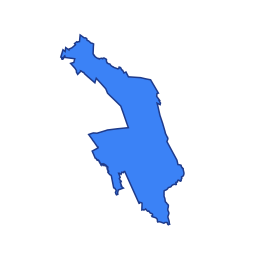 outline of Lazdukalna pag., Rugaju, Latvia, rotated 243°
{"feature_id": "27541924B17763592459662", "entity_name": "Lazdukalna pag.", "entity_type": "district", "adm_level": 2, "iso_a3": "LVA", "parent_name": "Latvia", "parent_adm1": "Rugaju", "projection": "equal_earth", "projection_center": [27.094, 56.926], "detail": "fine", "context": "isolated", "style": "filled", "palette": "blue", "viewbox_px": 256, "rotation_deg": 243, "n_neighbors": 0, "source": "geoboundaries", "source_scale": "gbopen_adm2", "svg_char_len": 5394}
<svg xmlns="http://www.w3.org/2000/svg" viewBox="0 0 256 256"><g transform="rotate(243 128 128)"><path d="M66.6,158.7L66.9,158.5L67.4,158.5L67.6,158.2L67.8,158.1L68.0,158.1L68.3,158.3L68.7,158.1L69.4,158.0L69.9,158.1L70.3,158.3L70.9,158.3L72.8,155.9L77.1,157.0L98.2,156.5L100.0,158.4L100.4,158.7L101.7,159.0L101.8,158.8L106.5,158.9L106.5,159.0L108.2,159.4L116.6,161.0L124.8,162.2L133.4,164.4L136.9,165.2L134.2,167.2L135.5,168.3L137.3,168.1L137.7,168.4L138.0,168.4L138.4,168.3L138.3,168.7L143.2,167.9L145.6,169.5L145.3,170.9L149.0,170.7L160.7,170.0L163.6,166.3L167.2,162.0L173.4,151.6L178.8,151.6L178.9,149.4L182.0,149.4L182.1,149.2L182.5,148.8L185.2,148.8L186.2,147.9L186.3,147.6L185.2,147.0L185.3,145.8L188.1,143.2L188.9,142.5L189.1,142.6L190.3,141.7L191.0,141.3L192.2,141.0L193.2,140.9L194.2,139.7L194.6,139.4L195.4,139.2L195.6,138.9L197.7,139.2L198.7,139.9L199.3,139.8L199.7,139.5L201.3,138.4L201.4,138.0L201.5,137.2L201.2,136.9L202.1,136.2L202.8,133.9L202.6,133.6L203.4,133.3L203.7,132.6L204.9,131.9L206.7,130.9L207.5,130.8L207.3,131.0L210.0,130.6L216.4,134.2L218.5,135.5L219.5,134.8L220.5,133.6L222.5,132.8L223.7,132.3L224.6,131.4L226.5,131.8L227.6,131.1L228.2,129.9L232.6,127.6L227.0,124.0L227.5,122.6L227.4,121.9L228.1,121.5L227.5,118.7L226.0,119.0L224.9,114.4L225.1,111.3L224.4,110.8L227.9,109.0L224.7,106.7L227.2,105.6L221.7,100.3L220.6,101.2L220.4,100.7L220.0,100.5L219.9,100.4L219.7,100.3L219.2,100.5L218.9,101.0L218.9,101.3L219.1,101.7L219.3,102.0L219.5,102.4L220.0,102.8L220.3,103.0L220.7,103.7L220.9,103.9L221.0,104.4L219.4,104.0L213.9,112.0L211.0,109.5L211.6,106.2L205.2,107.9L202.5,108.1L201.3,107.4L198.6,107.5L199.5,110.0L200.0,111.9L200.3,111.9L199.9,112.3L198.3,113.0L197.7,113.7L197.5,113.9L196.4,113.8L195.6,114.1L190.9,115.9L190.7,116.1L190.0,116.3L183.3,119.0L184.7,120.3L186.7,122.3L182.7,123.4L179.9,124.2L179.1,124.4L175.0,125.5L173.0,126.0L169.5,125.7L168.3,125.6L165.5,126.5L158.0,129.1L152.9,130.8L151.2,131.4L150.8,131.5L145.1,130.8L131.5,128.9L128.1,128.5L131.9,118.8L135.1,110.0L135.5,109.0L135.7,107.9L135.9,106.5L137.4,98.2L137.7,97.5L138.5,96.3L139.3,94.9L139.5,94.1L140.1,90.0L134.5,90.9L133.1,91.0L131.1,91.4L126.0,92.1L125.1,92.2L124.7,92.7L123.9,92.4L123.8,90.5L123.7,85.6L115.9,85.1L115.7,85.2L115.8,85.2L115.8,85.4L115.6,85.6L114.7,85.9L114.0,86.0L113.9,85.7L113.6,85.8L113.6,86.0L113.3,86.1L113.4,86.4L112.7,86.7L112.7,86.8L112.8,86.8L112.7,87.0L112.4,86.9L112.6,87.1L112.4,87.2L111.7,87.3L111.4,87.1L110.9,87.0L110.6,87.1L110.6,87.3L110.0,87.2L109.7,87.3L109.5,87.1L109.1,87.1L108.9,87.2L109.0,87.4L108.9,87.5L108.7,87.6L108.2,87.5L108.0,87.3L108.0,87.2L107.7,87.2L107.4,87.1L107.3,87.5L107.4,87.8L106.9,87.8L107.1,88.0L107.0,88.3L107.1,88.2L107.4,88.0L107.7,88.0L107.8,88.1L107.8,88.4L107.7,88.6L107.5,88.8L107.2,88.9L106.9,88.8L107.0,89.1L106.6,89.2L106.8,89.3L107.1,89.4L107.5,89.4L107.5,89.6L107.0,89.8L106.4,89.8L106.3,90.1L106.1,90.0L105.9,90.0L106.3,90.4L106.4,90.6L105.7,91.0L105.2,91.0L104.6,91.1L104.6,90.9L104.4,90.9L104.3,91.0L104.3,91.3L104.7,91.4L104.7,91.5L104.1,91.6L103.8,91.3L103.1,91.2L103.0,91.3L103.2,91.5L103.5,91.7L103.1,92.1L102.6,92.1L102.5,92.3L101.9,92.1L101.8,91.9L101.7,91.6L101.0,91.5L100.7,91.3L100.6,91.1L100.8,90.9L99.9,90.7L99.5,90.8L99.4,91.1L98.6,91.1L98.4,91.2L98.1,91.1L97.6,90.4L97.8,90.2L98.1,90.4L98.3,90.4L97.9,90.0L97.2,90.0L96.7,90.2L95.9,90.3L95.6,90.4L94.7,90.6L93.7,91.3L93.4,91.4L92.9,91.4L84.8,89.1L81.2,88.1L80.4,88.8L80.1,88.9L77.8,89.1L77.4,89.0L77.2,88.8L76.6,87.8L76.2,87.5L74.3,87.3L73.7,87.4L73.7,87.5L73.5,88.8L74.3,89.1L75.0,89.4L77.2,91.2L76.6,96.6L79.0,95.5L79.4,95.6L79.3,96.0L83.4,96.5L83.2,97.6L84.2,97.7L85.3,97.2L86.8,97.2L86.9,97.3L87.2,97.8L87.4,98.0L87.3,98.3L87.5,98.6L92.0,99.1L91.7,99.7L90.2,100.6L89.9,100.8L91.4,102.5L90.3,103.7L90.7,104.1L91.2,105.3L91.4,105.4L55.2,103.6L55.6,103.8L55.7,104.0L56.8,104.4L55.1,106.2L54.6,106.4L48.7,103.1L48.5,104.0L48.4,104.5L47.7,104.9L47.7,106.3L47.9,106.8L47.7,107.0L45.4,107.5L44.9,107.8L44.7,108.0L44.6,108.3L44.6,108.8L41.7,109.3L42.0,109.4L41.4,109.8L41.2,110.2L41.0,110.3L40.2,110.7L39.5,110.5L38.9,110.1L38.9,109.8L38.3,109.7L38.6,109.2L38.1,109.2L35.4,112.0L33.7,112.6L32.8,112.5L31.7,111.9L30.8,111.8L30.7,112.2L30.1,113.6L29.2,114.6L27.2,116.4L26.9,116.7L26.8,117.1L27.1,117.8L27.0,118.0L26.9,118.4L26.6,118.9L26.3,119.6L26.2,119.8L25.9,120.0L25.7,120.0L24.4,119.7L23.8,119.8L23.5,120.0L23.4,120.1L23.4,120.3L23.6,120.9L23.4,121.4L24.1,121.5L26.3,122.3L27.9,122.6L29.8,122.9L30.4,123.1L31.0,123.3L33.0,125.4L33.6,125.8L34.3,126.0L35.9,126.1L36.6,126.1L37.0,126.3L38.1,126.9L39.3,128.0L40.6,128.8L41.3,128.9L41.8,128.8L42.7,128.4L43.8,128.3L44.3,128.2L44.8,127.9L45.4,127.8L47.8,128.6L48.8,128.9L50.2,129.0L51.0,129.2L51.6,129.5L52.3,129.9L54.0,130.7L55.5,131.6L55.7,131.9L55.5,133.9L55.6,134.8L55.8,135.5L56.3,136.3L56.5,137.1L56.5,137.6L56.2,138.8L56.2,139.5L56.3,140.0L56.7,140.5L56.8,140.8L57.0,141.6L57.0,141.9L56.9,143.4L56.9,143.6L56.6,144.0L55.8,145.0L55.8,145.4L56.3,145.7L57.2,145.7L57.4,145.7L57.7,145.9L57.8,146.2L57.7,146.4L57.5,147.3L57.5,147.6L57.7,147.8L58.0,148.0L58.6,148.5L58.8,148.7L58.8,148.9L58.6,149.3L58.1,149.8L56.9,150.4L56.8,150.7L56.7,150.9L56.8,151.1L57.1,151.6L58.1,152.0L58.4,152.7L58.7,153.1L59.0,153.2L59.7,153.3L60.1,153.5L60.1,154.2L60.1,154.9L60.2,155.2L60.7,156.1L61.6,156.9L62.4,157.4L63.1,157.6L65.9,158.3L66.3,158.5L66.6,158.7Z" fill="#3b82f6" stroke="#1e3a8a" stroke-width="1.5"/></g></svg>